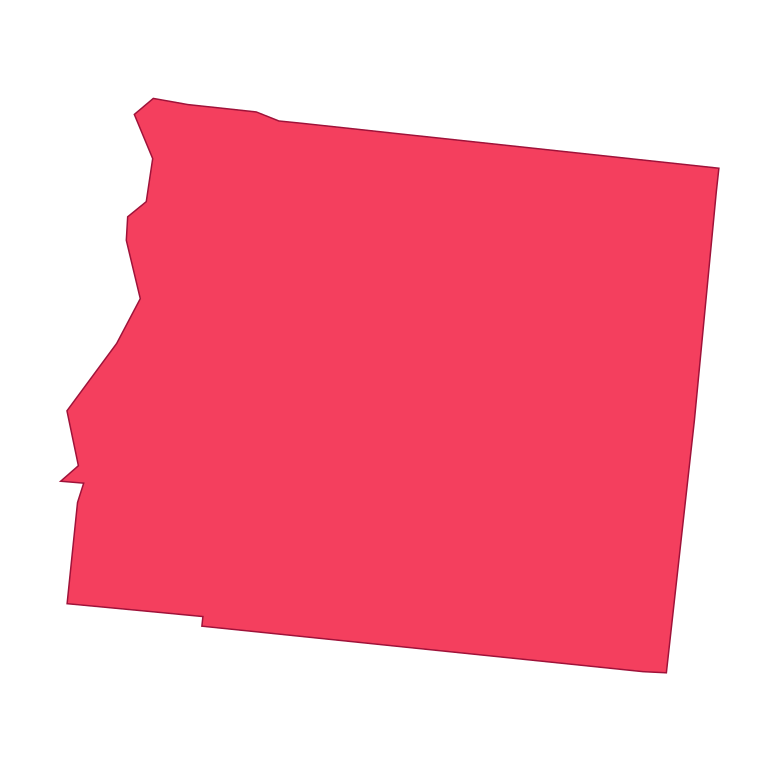 outline of Jefferson, Kansas, United States of America, rotated 96°
{"feature_id": "52423323B63595933107689", "entity_name": "Jefferson", "entity_type": "district", "adm_level": 2, "iso_a3": "USA", "parent_name": "United States of America", "parent_adm1": "Kansas", "projection": "orthographic", "projection_center": [-95.427, 39.226], "detail": "fine", "context": "isolated", "style": "filled", "palette": "rose", "viewbox_px": 768, "rotation_deg": 96, "n_neighbors": 0, "source": "geoboundaries", "source_scale": "gbopen_adm2", "svg_char_len": 489}
<svg xmlns="http://www.w3.org/2000/svg" viewBox="0 0 768 768"><g transform="rotate(96 384 384)"><path d="M133.6,399.9L133.3,492.8L133.4,516.1L126.8,539.5L126.6,608.4L124.1,643.3L142.0,660.5L184.0,637.6L227.5,639.5L244.5,656.4L268.0,655.3L324.6,635.3L371.6,654.1L443.8,696.5L497.2,679.4L514.5,695.4L514.0,672.3L533.9,676.4L635.6,676.2L634.2,539.8L643.9,539.8L643.0,96.3L641.7,73.0L387.8,71.5L157.9,73.6L134.4,73.5L133.6,399.9Z" fill="#f43f5e" stroke="#9f1239" stroke-width="1.5"/></g></svg>